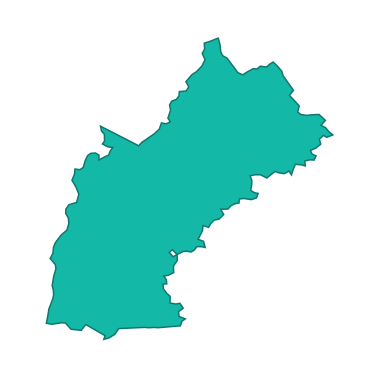 outline of Cafelândia, Paraná, Brazil, rotated 6°
{"feature_id": "56859067B49774660702068", "entity_name": "Cafelândia", "entity_type": "district", "adm_level": 2, "iso_a3": "BRA", "parent_name": "Brazil", "parent_adm1": "Paraná", "projection": "albers", "projection_center": [-53.352, -24.69], "detail": "fine", "context": "isolated", "style": "filled", "palette": "teal", "viewbox_px": 384, "rotation_deg": 6, "n_neighbors": 0, "source": "geoboundaries", "source_scale": "gbopen_adm2", "svg_char_len": 2480}
<svg xmlns="http://www.w3.org/2000/svg" viewBox="0 0 384 384"><g transform="rotate(6 192 192)"><path d="M317.2,106.8L310.2,101.6L304.9,102.4L297.7,103.8L292.2,103.6L288.8,101.4L289.6,95.1L278.8,85.7L282.3,80.3L270.5,66.9L268.7,62.5L263.6,57.7L259.1,54.3L256.1,56.6L252.9,60.0L246.8,59.7L243.7,62.9L240.0,62.9L233.6,67.4L230.4,70.2L225.1,68.5L213.0,55.3L208.3,53.2L206.0,49.9L204.5,42.7L202.0,36.2L193.9,40.4L188.6,42.7L189.6,48.5L187.7,53.1L191.2,59.1L188.6,65.8L183.9,71.8L179.5,75.5L174.4,83.0L177.8,87.6L175.6,92.2L168.9,93.4L169.0,97.8L166.8,101.5L162.3,103.8L160.6,107.8L162.1,112.9L160.3,121.0L163.1,124.5L159.1,126.9L154.4,126.5L152.9,132.9L148.5,137.9L141.9,143.7L136.8,148.0L134.2,151.6L94.1,136.1L95.6,140.7L98.8,143.8L99.7,150.4L97.9,153.6L103.9,156.0L108.6,156.0L106.4,159.7L105.3,163.9L100.7,166.7L96.1,169.9L95.6,165.0L91.9,163.3L87.3,164.1L84.5,166.5L82.6,171.6L81.3,178.9L78.2,181.5L73.2,181.4L73.3,186.4L71.4,192.9L76.0,199.1L79.7,206.0L78.3,214.4L70.9,217.6L68.4,222.1L68.6,226.5L71.8,230.9L72.8,236.5L71.5,243.0L66.1,248.8L61.4,256.7L60.0,261.5L60.1,267.5L57.9,273.0L63.7,278.5L64.7,282.8L63.4,289.3L62.7,299.8L64.3,303.7L65.1,308.7L64.7,312.9L61.9,323.3L61.6,329.5L60.9,337.8L66.3,338.2L75.9,335.7L79.8,335.5L85.9,341.1L96.3,341.2L100.2,334.9L120.6,344.0L119.7,347.8L124.9,345.7L130.1,341.6L133.4,335.5L158.9,331.6L163.5,331.5L168.0,330.7L172.6,330.5L194.4,326.3L195.6,321.5L198.6,318.9L192.2,317.2L191.1,312.5L195.4,308.5L191.6,303.9L187.7,305.1L181.8,304.7L181.2,298.1L177.4,295.4L173.5,291.0L172.9,286.6L176.5,286.0L175.7,282.0L172.7,278.5L177.1,277.3L182.2,274.1L181.3,267.6L184.6,261.6L183.7,255.8L189.4,252.1L193.1,251.4L197.3,251.8L200.3,249.6L202.6,245.8L207.3,245.4L210.9,245.8L208.6,239.8L203.0,238.4L206.5,229.4L206.4,224.2L212.2,225.4L213.9,221.7L216.7,217.8L221.8,216.1L225.9,211.1L222.3,206.1L225.8,205.7L229.6,205.2L232.2,201.5L236.2,199.0L239.8,198.2L240.0,193.9L244.7,193.0L251.7,193.4L256.7,191.2L257.9,186.5L254.3,186.2L250.2,184.3L250.6,179.5L250.4,174.5L248.1,169.9L252.7,168.3L258.3,167.7L265.0,170.3L268.3,166.9L272.4,162.9L276.5,163.9L281.9,164.1L286.3,161.0L289.1,164.6L290.5,158.0L291.9,153.7L297.5,153.5L302.0,154.2L300.9,149.4L305.8,147.7L310.1,147.5L311.6,143.1L307.5,141.8L305.4,138.2L310.3,135.7L315.0,131.1L313.2,126.1L316.7,122.0L320.4,123.5L326.1,120.5L321.7,117.6L318.1,114.0L313.3,112.3L317.2,106.8ZM183.7,255.8L179.9,258.3L175.7,254.4L178.5,251.4L183.7,255.8Z" fill="#14b8a6" stroke="#0f766e" stroke-width="1.5"/></g></svg>